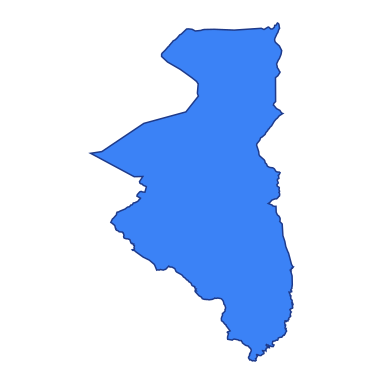 Offinso Municipal, Ashanti, Ghana (Albers equal-area conic projection)
{"feature_id": "2480657B80894926360364", "entity_name": "Offinso Municipal", "entity_type": "district", "adm_level": 2, "iso_a3": "GHA", "parent_name": "Ghana", "parent_adm1": "Ashanti", "projection": "albers", "projection_center": [-1.702, 7.059], "detail": "fine", "context": "isolated", "style": "filled", "palette": "blue", "viewbox_px": 384, "rotation_deg": 0, "n_neighbors": 0, "source": "geoboundaries", "source_scale": "gbopen_adm2", "svg_char_len": 6047}
<svg xmlns="http://www.w3.org/2000/svg" viewBox="0 0 384 384"><path d="M288.8,319.5L288.6,319.1L288.7,318.3L290.7,316.2L290.6,315.6L290.2,315.3L290.6,312.8L291.3,312.0L290.9,311.7L289.9,309.6L290.6,308.9L291.2,308.8L291.3,308.5L292.5,308.2L292.5,307.8L292.7,307.5L292.3,306.0L292.6,305.8L292.6,305.3L292.2,304.5L292.4,304.3L292.7,304.6L293.0,304.5L292.7,303.4L292.2,303.3L292.3,302.7L291.9,302.6L292.1,302.2L292.1,300.4L291.6,299.6L290.7,298.8L290.8,296.7L290.5,296.3L290.9,295.9L290.1,295.3L290.1,294.3L289.2,292.7L289.1,292.1L289.8,292.3L291.7,291.7L291.6,290.9L291.2,290.8L290.8,290.1L291.0,289.5L291.9,288.4L291.8,287.3L292.1,286.8L292.0,285.8L292.3,285.2L292.1,275.9L290.9,271.8L291.2,271.1L290.6,271.0L290.6,270.7L290.2,270.1L291.2,269.5L291.4,268.8L292.4,268.3L292.5,268.1L292.1,267.9L293.2,267.2L293.4,266.9L292.9,266.8L291.5,264.4L288.5,253.0L287.9,251.9L285.8,246.6L284.8,241.3L282.9,235.6L282.2,224.0L279.7,221.4L280.0,220.9L280.1,219.6L280.1,218.5L279.8,217.6L279.0,216.2L277.4,214.9L276.2,212.2L276.0,206.3L274.6,206.4L272.7,205.8L272.2,205.1L268.3,203.5L269.8,202.5L271.9,200.1L275.0,198.9L276.7,198.8L278.3,197.2L278.6,196.5L279.4,196.1L279.7,194.8L279.5,193.1L278.9,192.5L279.6,191.2L279.0,189.7L279.3,187.8L279.2,187.4L277.3,186.2L276.9,184.6L278.3,183.0L277.3,180.4L277.5,179.2L278.7,178.6L279.0,178.2L278.7,177.6L278.6,175.9L278.2,175.6L278.4,175.1L279.2,174.6L280.1,172.7L279.3,172.1L278.0,172.1L276.5,171.7L275.8,171.2L274.4,168.9L273.3,168.1L272.7,167.8L269.6,167.4L267.4,166.2L266.5,164.0L265.2,162.8L264.8,160.9L264.2,159.9L259.6,155.8L259.0,154.6L258.7,151.6L256.6,145.2L256.9,143.7L259.7,140.3L260.6,137.8L262.1,137.0L265.1,134.4L265.9,132.5L267.6,130.7L268.4,129.1L269.2,128.7L269.8,127.5L271.6,125.8L274.2,121.4L275.8,119.4L277.4,118.1L279.2,115.8L282.8,113.5L282.0,113.2L281.2,112.5L279.9,110.4L276.5,108.6L274.2,105.8L273.4,105.2L273.8,103.4L275.6,101.6L275.5,77.6L277.8,75.8L280.0,72.4L279.9,71.7L279.0,70.7L278.8,69.9L277.2,67.4L277.2,66.1L276.9,65.5L276.6,63.9L278.4,59.9L279.3,58.7L280.6,55.5L281.1,54.1L281.7,50.6L279.4,46.0L275.6,42.5L274.9,41.4L274.6,39.7L274.9,38.3L277.1,33.5L277.8,32.6L278.7,29.7L279.6,28.3L279.1,26.1L279.1,25.1L278.5,23.6L277.4,23.0L276.2,24.9L275.8,25.3L274.7,25.4L274.3,27.5L273.4,28.0L272.7,28.9L270.8,29.0L268.8,27.2L268.2,27.0L264.0,29.5L261.3,28.3L234.3,30.1L214.2,29.3L204.2,29.5L202.2,29.9L201.0,30.4L195.3,31.0L192.1,29.3L188.5,28.9L186.6,29.0L181.3,34.1L179.7,34.9L177.3,37.8L175.2,39.8L173.0,41.0L172.2,42.2L170.7,43.8L170.4,44.5L169.7,44.9L169.2,45.9L168.1,46.8L165.1,50.3L162.2,53.1L161.6,54.2L161.6,56.5L167.5,62.0L180.3,69.4L192.0,77.8L196.6,81.5L197.8,83.4L198.2,83.7L197.4,92.9L197.5,93.8L198.4,96.1L185.9,111.9L143.8,123.4L101.8,151.6L90.6,153.3L134.2,176.7L142.8,176.5L139.5,181.6L139.9,183.1L140.6,183.7L142.1,184.1L143.4,185.4L146.0,186.4L146.4,186.8L144.9,192.2L142.6,192.0L141.1,191.4L139.7,191.9L137.3,194.6L136.9,196.1L140.5,198.2L139.7,199.3L139.2,199.4L138.5,200.7L136.8,201.9L136.1,202.0L135.8,202.5L133.3,203.0L132.6,204.3L132.0,204.9L130.7,205.1L129.5,206.7L127.5,207.1L125.1,209.0L120.0,211.1L118.2,212.1L117.2,212.1L116.6,213.2L116.5,214.7L113.3,218.3L112.4,219.0L110.8,222.4L112.8,223.7L113.1,224.2L114.4,225.1L114.9,225.8L115.4,228.2L115.9,228.5L115.8,229.5L116.6,230.3L117.5,230.5L118.7,231.3L119.1,231.8L122.4,232.1L123.1,232.7L123.0,233.1L123.5,233.6L124.0,235.5L123.6,236.4L123.9,237.8L124.7,238.3L126.3,238.8L127.6,238.8L129.8,239.6L130.9,242.8L131.5,243.5L132.0,243.3L132.1,243.6L132.6,243.7L133.1,244.2L133.5,244.1L133.3,244.8L133.8,245.4L134.4,245.4L134.3,246.7L134.0,247.6L134.5,248.9L134.1,249.3L132.2,249.8L132.8,250.4L134.3,250.4L135.7,251.7L143.3,257.2L149.3,260.1L154.2,264.3L154.9,265.6L156.7,270.1L157.1,269.9L159.6,270.0L160.3,269.5L163.3,270.1L165.0,269.4L165.6,269.4L168.8,266.1L169.8,267.0L172.0,267.1L174.8,268.6L176.0,271.4L176.8,272.1L181.2,274.5L182.4,275.4L183.4,276.9L185.0,277.9L186.8,279.9L187.9,280.3L188.8,281.7L190.1,282.4L191.3,283.5L191.6,284.8L192.3,285.7L194.6,286.6L194.8,286.8L194.6,287.5L195.1,288.0L195.4,289.3L195.8,289.2L195.6,289.5L195.9,289.9L195.4,290.4L195.8,290.7L195.2,290.7L195.2,291.4L194.8,291.2L198.9,295.7L201.4,297.1L202.3,298.7L204.4,299.4L205.2,299.3L206.2,299.6L206.7,299.4L209.1,299.8L212.2,299.4L214.1,298.6L214.7,298.1L215.0,298.3L216.9,298.3L217.6,298.0L220.8,298.6L221.5,298.9L222.9,300.5L223.5,301.9L224.0,304.3L224.8,305.1L225.6,307.6L225.4,308.9L225.0,309.5L225.1,311.0L223.2,313.1L222.5,313.4L222.4,313.9L222.5,315.4L221.7,317.1L221.3,318.6L221.5,320.7L223.7,322.4L223.8,322.9L224.9,324.2L225.9,324.7L226.1,325.0L226.0,325.5L230.1,330.9L228.7,331.6L227.5,331.9L227.3,332.4L228.5,333.6L227.6,336.7L227.5,338.2L227.7,339.3L232.3,340.1L233.3,339.3L234.4,339.1L238.3,339.9L239.1,340.5L241.3,340.6L241.6,341.4L242.3,342.2L242.4,342.9L244.7,344.7L245.8,345.4L248.2,346.0L249.6,347.8L250.4,348.2L251.3,350.1L251.0,351.5L250.1,353.1L250.2,353.4L249.7,353.8L249.8,354.3L249.4,355.0L249.6,355.5L248.6,357.0L248.5,357.9L249.7,359.8L250.0,359.5L252.4,360.9L253.1,360.6L255.3,361.0L256.2,360.2L255.9,359.2L255.6,358.7L256.3,358.3L257.0,356.6L257.5,356.1L257.5,355.8L256.6,355.1L256.5,354.8L256.7,354.5L257.9,354.7L259.1,355.4L260.3,355.6L261.1,355.5L261.9,354.7L263.9,353.6L264.0,353.0L263.6,352.1L262.5,350.8L262.5,350.6L264.3,350.9L265.2,350.6L265.4,350.2L266.0,350.8L266.1,348.7L266.4,348.1L268.2,347.6L266.1,345.1L266.5,344.5L267.2,345.0L268.3,345.1L268.7,345.5L268.8,346.0L268.5,346.6L268.7,347.4L269.4,347.7L269.4,346.1L270.1,345.9L271.8,346.6L273.2,346.6L274.0,345.0L273.0,344.7L272.3,344.1L272.7,341.4L275.1,340.9L276.3,340.1L277.6,340.2L277.9,339.8L278.3,338.0L279.8,337.4L281.8,337.2L283.0,335.6L283.9,335.3L283.7,335.1L284.7,334.4L285.3,333.6L285.5,332.6L286.6,331.1L286.0,329.5L285.7,329.5L286.0,328.7L285.7,328.8L285.3,328.5L285.0,327.8L285.5,326.0L285.1,325.4L285.6,325.0L285.1,324.6L284.8,323.9L284.6,322.4L285.0,322.0L285.0,320.9L285.5,320.8L285.7,321.3L286.4,321.5L286.5,321.3L286.3,320.9L287.9,320.9L287.9,320.3L288.8,319.5Z" fill="#3b82f6" stroke="#1e3a8a" stroke-width="1.5"/></svg>